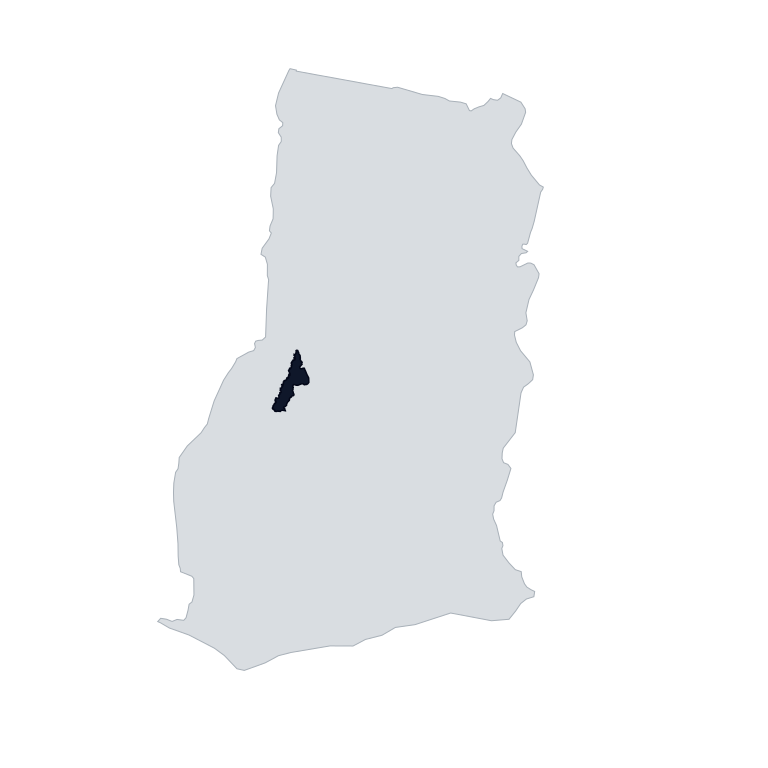 Wenchi Municipal, Brong Ahafo, Ghana (highlighted), rotated 11°
{"feature_id": "2480657B27014820297576", "entity_name": "Wenchi Municipal", "entity_type": "district", "adm_level": 2, "iso_a3": "GHA", "parent_name": "Ghana", "parent_adm1": "Brong Ahafo", "projection": "robinson", "projection_center": [-2.148, 7.803], "detail": "fine", "context": "in_parent", "style": "filled", "palette": "ink", "viewbox_px": 768, "rotation_deg": 11, "n_neighbors": 0, "source": "geoboundaries", "source_scale": "gbopen_adm2", "svg_char_len": 7929}
<svg xmlns="http://www.w3.org/2000/svg" viewBox="0 0 768 768"><g transform="rotate(11 384 384)"><path d="M464.6,81.2L470.0,86.9L471.2,90.3L469.3,102.7L465.4,111.4L462.9,119.6L463.2,123.7L465.7,127.8L473.9,134.2L478.1,138.4L483.1,144.7L488.8,150.9L498.6,158.9L502.8,160.3L502.6,162.6L501.2,165.7L500.4,195.6L499.7,203.3L498.9,207.2L498.1,218.4L497.0,220.0L495.2,219.9L493.5,220.3L493.1,222.5L493.7,224.8L499.7,226.4L498.4,228.1L494.0,229.7L492.0,233.0L492.8,236.9L490.4,239.9L491.1,242.0L492.7,243.6L495.2,243.0L502.1,237.8L505.0,237.3L508.5,238.3L515.2,246.2L515.4,250.1L512.8,263.2L510.2,273.4L509.7,287.0L512.5,294.6L512.1,298.8L509.1,302.4L502.3,307.6L502.8,311.2L505.9,317.9L511.7,325.3L523.0,334.5L528.9,346.5L529.1,351.4L525.6,356.2L521.6,360.5L520.2,366.6L522.1,406.7L513.3,424.2L513.2,429.1L514.1,434.9L516.4,438.4L521.0,439.3L524.7,442.7L523.4,454.9L521.5,467.4L521.2,473.4L520.1,476.3L516.6,478.7L515.3,482.6L516.2,487.4L515.5,491.0L517.4,495.7L521.5,501.5L528.0,515.9L530.5,517.0L531.6,520.0L531.0,523.0L533.5,529.3L540.7,535.7L548.3,541.2L554.5,542.0L556.0,547.0L560.0,553.3L563.0,556.1L567.6,557.9L571.5,558.9L571.7,564.2L564.8,567.9L560.1,573.4L556.5,581.8L551.6,591.1L534.6,595.9L528.1,595.9L493.1,596.1L460.4,614.3L441.6,620.8L430.0,631.0L414.5,638.3L403.6,647.1L381.0,651.4L343.9,665.3L332.3,670.8L320.6,680.4L301.5,691.8L294.0,691.6L279.1,681.0L267.9,675.7L240.4,667.6L219.9,664.5L210.0,661.0L207.2,660.4L209.5,656.6L215.3,656.4L221.3,657.5L225.8,654.6L232.5,654.2L234.3,651.2L234.8,643.5L234.7,637.4L237.1,634.6L237.7,627.4L234.4,611.3L232.1,609.4L220.1,607.1L219.2,603.9L217.1,600.6L214.8,592.3L212.2,579.9L208.0,564.6L200.0,539.4L198.0,530.4L196.6,521.3L196.3,510.5L198.0,506.4L197.7,500.8L197.0,495.2L202.7,482.4L213.8,466.7L216.1,461.0L218.2,457.0L218.5,451.4L220.5,433.0L225.8,410.9L229.1,402.5L231.4,398.0L234.1,390.6L234.8,387.1L245.1,378.5L249.7,376.1L250.8,372.7L249.2,369.0L249.9,366.4L252.3,365.2L256.1,364.1L258.8,360.5L254.5,333.2L251.1,306.0L250.9,303.7L248.8,299.9L246.7,288.7L243.3,282.1L238.5,280.2L238.5,274.0L243.4,263.5L244.6,257.3L242.3,255.5L242.0,250.7L243.6,243.0L242.8,238.2L241.9,233.2L236.9,221.3L235.7,212.8L238.3,207.9L238.2,197.1L235.5,180.4L235.0,169.9L236.9,165.5L236.0,161.3L232.3,157.4L232.1,153.5L235.2,149.8L234.8,146.8L230.9,144.7L227.4,139.6L224.4,131.5L225.0,118.4L230.8,94.4L231.6,92.4L238.1,92.6L238.2,93.6L258.6,93.4L282.0,93.1L310.0,92.8L335.4,92.5L336.5,91.4L340.7,90.1L366.4,92.5L382.4,91.3L389.3,92.1L394.2,93.7L405.3,92.7L411.2,93.3L415.7,99.3L417.5,99.3L420.0,96.7L424.4,93.8L428.9,91.5L432.2,86.9L434.1,83.3L437.0,84.0L441.3,83.8L444.0,80.9L445.1,76.2L464.6,81.2Z" fill="#d9dde1" stroke="#a8b0b8" stroke-width="1"/><path d="M308.2,399.2L309.0,398.5L309.3,398.0L309.5,397.6L309.9,396.8L308.9,392.4L307.8,391.0L306.6,389.5L305.2,387.4L304.4,386.1L303.9,385.6L303.5,384.9L303.0,384.2L302.9,383.9L302.7,383.7L302.2,383.7L301.6,384.1L301.4,384.2L301.1,384.1L300.7,384.4L300.4,384.7L300.0,384.9L299.2,384.7L298.9,384.8L298.7,384.6L298.2,384.0L297.9,383.2L298.1,383.0L298.3,382.7L298.6,382.4L298.6,382.1L298.8,381.9L299.0,381.6L299.1,381.3L299.4,381.0L299.4,380.5L299.6,380.4L299.4,380.2L299.4,379.6L299.4,379.1L299.4,378.9L299.5,378.6L299.5,378.3L299.4,378.3L298.5,377.7L296.8,375.6L296.9,375.3L297.0,374.7L296.8,374.0L296.5,373.5L296.5,373.0L296.3,372.4L296.2,372.1L295.7,371.5L295.2,371.3L294.9,371.1L294.7,370.7L294.6,370.4L294.5,370.1L294.4,370.1L294.3,369.9L294.2,369.7L294.1,369.2L293.8,368.9L293.5,368.7L293.0,367.6L292.8,367.5L291.7,367.6L291.4,367.9L291.3,368.0L291.4,368.4L291.4,368.5L291.6,368.8L291.8,369.2L291.7,369.6L291.6,369.8L291.6,370.2L291.8,371.0L291.4,371.3L291.4,371.8L291.2,372.0L290.8,372.1L290.7,372.1L290.8,372.2L290.9,372.3L290.9,372.5L290.5,372.8L290.2,372.7L290.2,372.8L290.2,373.0L290.6,373.1L291.1,373.4L291.3,373.9L291.3,374.3L291.2,374.7L291.7,375.0L291.9,375.4L291.9,375.5L291.4,375.6L291.0,375.4L290.8,375.1L290.7,375.1L290.6,375.3L290.6,375.6L290.8,375.9L291.1,376.0L291.3,376.0L292.0,376.5L292.0,376.9L291.8,376.9L291.8,377.1L291.4,377.1L291.4,377.5L291.2,377.7L290.9,378.0L290.6,378.0L290.6,377.8L290.4,377.7L290.2,377.8L290.1,378.7L289.8,378.8L289.6,379.1L289.4,379.7L289.5,379.9L289.5,380.3L289.3,380.4L289.3,380.6L289.1,380.6L288.9,381.1L289.4,382.1L289.8,382.4L290.0,382.7L289.8,383.2L289.5,383.4L289.5,383.6L289.7,383.9L289.5,384.1L290.0,384.7L290.0,385.0L289.9,385.1L289.8,385.8L289.6,385.9L289.1,386.1L289.3,386.5L289.3,386.9L289.2,387.0L288.7,386.5L288.3,386.7L288.3,386.9L288.4,387.2L288.3,388.1L288.1,388.3L287.9,388.4L287.7,388.8L288.0,389.2L288.1,389.6L288.4,389.7L288.5,390.0L288.9,390.5L289.1,391.1L289.6,391.5L289.4,391.8L289.2,391.6L289.1,392.0L289.4,392.4L289.9,392.6L290.1,392.8L290.1,393.1L289.9,393.5L289.5,393.5L289.3,393.2L288.9,393.1L288.7,393.2L288.7,393.4L289.0,393.8L288.9,393.9L289.0,394.1L288.9,394.3L288.8,394.5L289.1,394.9L289.2,395.3L289.2,395.6L288.9,395.5L288.6,395.5L288.4,395.7L288.5,396.1L288.6,396.3L288.8,396.1L288.9,396.3L288.7,396.5L288.5,396.8L287.8,396.5L287.6,396.5L287.6,396.9L287.5,397.0L287.5,397.4L287.5,397.7L287.4,397.8L287.5,398.0L287.6,398.3L287.2,398.6L287.1,398.8L286.9,399.0L286.6,399.1L286.6,399.3L286.3,399.5L286.2,399.6L285.7,399.6L285.5,399.9L285.3,399.9L285.2,400.1L285.1,400.4L285.0,400.5L285.1,400.4L285.2,400.8L284.9,401.1L285.1,401.4L285.0,401.6L284.9,402.0L285.0,402.4L285.1,402.6L285.1,402.8L285.2,403.2L285.2,403.6L284.9,403.9L285.0,403.7L284.6,403.7L284.3,403.7L284.0,403.9L283.9,403.9L283.7,404.1L283.8,404.2L284.1,404.5L284.3,404.6L284.8,404.6L284.9,404.8L284.9,405.0L285.0,405.1L284.9,405.3L284.7,405.7L284.4,405.6L284.2,405.7L284.3,405.8L284.6,406.0L284.4,406.7L284.5,406.9L284.3,407.3L284.0,407.4L283.8,407.7L283.9,408.0L283.7,408.0L283.4,408.1L283.1,408.0L283.1,408.4L283.2,408.6L283.3,409.0L283.4,410.3L284.1,410.4L284.2,410.5L284.5,411.1L284.5,412.0L284.3,412.2L283.7,412.3L283.4,412.5L283.7,413.6L283.7,413.9L283.3,414.3L283.1,414.9L282.8,415.1L282.7,415.2L282.8,415.5L283.2,415.8L283.3,416.2L283.2,416.6L283.5,417.2L283.3,418.0L283.2,418.1L282.9,418.2L282.0,418.4L281.5,418.2L280.6,418.2L280.6,418.6L280.6,418.8L280.4,419.2L280.6,419.4L280.6,419.5L280.5,419.8L280.3,419.9L280.2,420.1L280.1,420.7L280.3,421.0L280.6,421.0L281.0,421.3L281.1,421.6L281.4,421.9L281.3,422.1L281.4,422.4L281.0,422.4L281.1,422.6L280.9,422.9L281.0,423.0L280.9,423.1L281.0,423.4L280.9,423.6L281.0,423.7L280.9,423.8L280.9,424.0L280.7,424.1L280.3,424.2L280.3,424.4L280.1,424.5L280.2,424.9L280.1,425.3L279.9,425.5L279.7,425.6L279.5,426.1L279.5,426.5L279.3,426.6L279.3,426.9L279.4,427.0L279.4,427.4L279.5,427.5L279.3,427.8L279.4,428.1L279.3,428.5L279.1,428.6L279.0,428.9L279.2,429.0L279.3,429.2L279.5,429.3L279.5,429.6L279.6,429.8L280.8,429.9L281.1,430.6L281.4,430.8L281.6,430.7L282.0,430.7L282.1,431.0L282.2,431.6L282.3,431.6L282.7,431.6L282.9,431.5L284.0,431.4L284.2,431.2L285.1,430.8L285.1,430.7L285.3,430.7L285.6,430.9L285.9,430.9L286.2,430.7L286.7,430.8L287.4,430.7L287.5,430.2L289.2,429.1L291.0,429.1L292.3,429.1L292.2,428.8L292.1,428.7L291.8,428.6L291.6,428.4L291.6,428.1L291.3,427.2L290.2,426.8L290.0,426.4L290.0,426.0L290.3,425.7L291.2,425.1L292.4,423.5L292.2,421.7L292.6,421.2L292.7,420.5L292.8,420.4L292.9,420.0L293.1,419.6L293.6,419.2L293.8,418.5L294.2,418.1L294.2,417.4L293.9,416.9L294.0,416.6L294.1,416.1L294.5,415.5L295.1,414.8L295.1,414.5L295.6,414.4L296.0,413.2L296.7,412.8L297.3,412.7L297.6,412.2L297.6,411.8L297.5,411.1L296.9,410.8L296.6,409.8L296.3,409.1L295.5,408.1L295.5,407.8L295.6,407.4L295.6,406.9L295.7,406.7L295.7,406.4L295.5,405.9L295.5,405.7L295.4,405.2L295.6,404.9L295.6,404.6L295.3,404.2L294.8,403.8L294.8,403.5L294.7,403.2L295.1,402.6L295.1,402.3L295.1,402.2L295.2,401.9L295.3,401.8L295.7,401.7L296.7,401.8L297.5,401.8L297.9,402.0L299.7,401.7L303.1,399.5L303.6,399.5L304.1,399.3L304.9,399.2L305.1,399.6L305.7,399.9L306.4,399.9L306.9,399.6L307.3,399.1L307.7,398.9L307.9,398.9L308.2,399.2Z" fill="#0f172a" stroke="#020617" stroke-width="1.5"/></g></svg>